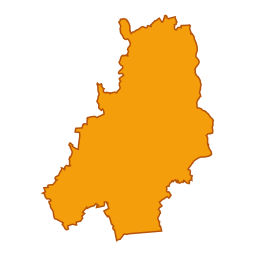 Majagual, Sucre, Colombia (Natural Earth projection)
{"feature_id": "7082276B64459562998455", "entity_name": "Majagual", "entity_type": "district", "adm_level": 2, "iso_a3": "COL", "parent_name": "Colombia", "parent_adm1": "Sucre", "projection": "natural_earth1", "projection_center": [-74.68, 8.557], "detail": "fine", "context": "isolated", "style": "filled", "palette": "amber", "viewbox_px": 256, "rotation_deg": 0, "n_neighbors": 0, "source": "geoboundaries", "source_scale": "gbopen_adm2", "svg_char_len": 5795}
<svg xmlns="http://www.w3.org/2000/svg" viewBox="0 0 256 256"><path d="M190.2,25.6L189.3,24.9L188.1,25.3L181.3,25.5L181.1,25.6L181.3,26.3L181.0,27.6L180.3,27.1L179.3,27.6L178.0,27.5L176.0,30.1L174.7,29.0L174.3,26.9L174.7,26.1L174.4,24.7L175.7,24.5L176.2,24.1L176.3,22.3L176.9,22.1L175.0,17.6L175.1,16.9L169.9,18.2L168.8,18.8L166.5,17.5L166.4,17.3L166.9,16.4L165.9,15.5L165.3,15.4L164.5,16.0L164.5,18.1L163.7,18.7L163.6,20.1L162.3,22.2L161.8,22.1L159.3,18.2L157.1,19.7L156.1,20.8L154.6,20.9L153.4,22.7L152.7,22.9L152.2,23.7L150.8,24.9L151.3,25.8L151.1,26.5L147.8,25.6L147.5,25.7L147.3,26.9L146.9,27.6L145.6,27.8L143.4,26.8L141.9,26.8L138.1,29.6L137.2,30.0L136.4,30.0L134.3,31.9L132.6,32.0L131.2,33.6L130.3,31.9L130.1,30.4L129.9,30.5L129.8,28.8L130.0,26.9L129.6,25.3L128.4,22.3L127.1,21.0L127.4,20.7L125.9,19.2L125.2,19.0L123.1,18.8L123.1,19.0L121.6,19.3L120.4,19.3L120.4,20.0L119.8,21.4L118.8,22.0L120.5,25.4L120.7,26.5L120.1,28.7L120.6,32.8L122.8,36.0L123.7,38.3L125.3,39.3L126.3,39.4L127.5,39.0L128.2,39.2L129.3,40.9L130.4,43.4L129.8,45.8L128.3,47.6L127.5,49.5L128.5,51.1L127.6,53.9L127.6,55.1L127.8,55.8L126.6,55.7L126.7,54.8L126.3,55.2L125.5,55.1L123.7,55.9L123.3,55.4L122.4,55.4L121.0,57.1L120.0,60.8L119.1,61.7L119.2,62.7L120.3,64.6L120.7,65.1L122.4,66.0L122.8,67.3L122.3,68.4L119.2,71.4L118.6,72.5L118.5,73.1L118.8,73.6L119.3,73.8L121.7,73.4L122.6,73.9L123.7,75.2L119.3,78.4L119.4,79.1L119.9,79.6L120.0,80.6L120.8,81.2L119.6,82.6L119.2,85.0L120.0,86.8L120.1,88.0L119.9,88.6L118.9,90.0L117.3,91.3L116.9,92.6L115.9,92.7L115.2,92.1L112.5,92.6L110.4,93.5L110.6,92.9L108.5,92.8L106.6,92.3L106.5,92.8L104.5,92.6L104.2,92.6L103.0,90.7L104.2,88.7L102.7,87.9L101.4,86.1L101.9,85.8L101.8,84.6L101.4,83.9L99.0,84.7L97.4,83.2L97.0,84.2L97.8,85.9L98.1,91.1L99.2,94.1L98.3,96.3L97.7,99.6L96.9,101.1L97.5,102.5L98.0,103.1L98.3,103.2L98.6,104.0L98.9,105.4L98.7,107.9L101.2,110.3L102.5,109.0L103.8,111.3L104.0,114.1L97.3,117.3L97.2,117.6L94.7,116.4L92.4,116.6L87.6,117.6L87.0,118.7L87.8,119.1L87.1,120.8L87.0,124.5L85.3,123.8L83.9,123.8L83.6,124.8L82.9,124.7L82.0,127.9L75.8,128.3L75.1,132.0L79.5,132.4L79.8,135.7L78.5,145.8L78.3,149.4L75.4,148.3L72.2,146.2L72.8,145.2L70.3,143.0L69.6,143.3L69.1,144.5L69.1,145.4L69.9,145.7L70.3,147.5L72.0,151.1L72.2,151.9L72.1,153.1L70.9,156.5L70.0,157.8L69.7,157.4L69.1,159.6L69.6,160.3L69.6,164.7L70.5,165.6L70.0,166.1L69.0,165.4L68.3,166.2L66.3,165.4L64.6,167.3L64.9,168.3L64.5,169.5L63.5,168.6L61.5,167.9L61.9,168.9L60.6,171.3L60.4,171.3L58.4,175.6L56.2,176.5L56.3,176.8L55.1,177.5L55.3,179.3L55.5,179.7L55.9,179.9L56.8,179.8L53.0,184.6L48.2,185.1L47.7,186.2L48.2,187.4L43.9,187.8L45.4,191.8L42.6,193.2L44.5,193.9L45.2,196.8L46.7,198.8L49.3,198.9L50.2,199.4L50.7,200.0L50.9,200.8L50.7,201.2L49.0,201.3L49.0,202.4L49.8,204.3L50.6,205.4L50.4,206.6L51.1,208.4L51.6,208.8L53.2,211.5L53.7,215.6L54.4,218.1L55.1,218.9L56.9,219.4L63.2,222.8L62.8,223.8L62.2,224.2L64.2,227.0L65.0,228.6L66.2,229.7L67.2,229.6L68.4,229.0L67.6,226.0L72.3,224.2L74.6,224.6L75.7,225.1L76.6,224.9L76.1,222.3L80.6,221.1L82.7,218.0L81.8,216.2L84.7,213.5L82.5,212.3L86.7,207.3L87.1,208.5L90.0,206.9L94.2,205.7L95.9,203.5L98.2,205.2L96.9,205.7L96.5,207.5L103.9,206.0L104.5,204.6L104.4,202.0L106.7,202.0L106.9,203.3L107.7,203.0L107.9,203.5L107.4,204.1L108.8,208.4L103.9,211.0L105.4,213.9L107.3,216.4L107.6,216.7L108.1,215.9L109.6,217.5L111.3,223.5L111.8,224.5L112.3,224.5L113.7,226.5L112.9,227.1L112.9,228.4L113.6,229.7L113.9,229.9L114.5,229.7L116.7,240.6L118.2,239.6L120.1,239.3L124.0,234.1L126.6,234.3L129.7,233.7L161.6,231.0L160.5,226.2L159.6,226.1L159.3,222.8L159.7,221.8L158.8,221.2L157.7,218.0L158.1,217.1L159.0,215.9L159.8,213.4L160.3,213.3L160.3,212.4L159.8,210.8L158.4,209.6L159.8,207.3L160.6,207.1L162.0,205.9L160.4,204.0L159.4,201.8L160.5,201.3L162.5,199.5L164.6,198.5L165.9,197.3L167.0,196.7L167.6,196.7L168.4,197.9L169.1,198.0L171.0,195.3L170.9,194.8L170.3,194.4L169.9,193.2L168.9,192.0L168.6,191.8L167.9,192.1L166.7,191.5L166.6,190.5L166.9,189.4L166.5,186.9L167.7,186.1L169.0,186.3L169.1,185.2L169.8,183.6L170.4,182.7L171.6,181.9L172.1,180.6L172.4,180.6L173.2,181.6L174.1,180.4L175.0,180.5L175.7,179.9L176.2,181.8L177.0,182.4L177.1,181.2L176.9,180.9L177.6,180.7L177.7,180.4L177.9,180.5L177.4,181.7L178.1,181.6L177.9,182.2L178.3,182.1L178.9,183.0L179.8,183.1L181.8,182.0L182.9,181.8L183.5,181.1L183.8,180.3L184.2,180.5L183.1,181.9L183.2,182.2L184.5,180.9L186.7,182.9L189.1,183.6L189.5,182.7L189.3,180.7L191.4,179.7L191.8,180.1L191.8,178.3L191.2,177.8L191.4,177.2L192.1,176.5L192.2,175.8L190.9,175.4L190.4,175.0L190.1,174.3L190.4,171.1L190.1,170.4L189.2,169.8L188.2,169.7L188.0,169.4L188.7,168.1L190.6,165.7L192.5,162.9L192.9,162.8L193.1,162.0L194.3,160.6L198.6,157.8L201.1,157.0L204.4,157.0L208.2,156.3L209.9,155.7L210.2,155.1L211.0,155.0L211.4,154.7L211.5,153.4L211.1,151.5L209.4,149.0L208.5,146.7L208.2,145.5L208.5,145.4L208.5,144.4L207.8,144.6L207.6,144.0L207.6,138.1L207.5,137.5L206.3,135.5L206.9,135.3L207.5,134.3L208.4,133.6L209.0,133.5L209.3,133.8L210.3,133.8L211.0,133.0L211.5,132.9L212.0,133.3L212.7,132.6L212.7,129.7L212.4,129.0L212.3,126.5L213.0,125.3L212.8,121.9L213.4,120.9L213.0,120.3L212.8,119.3L210.6,117.3L208.0,113.6L207.2,113.2L206.3,112.1L204.5,110.8L203.7,110.7L202.4,110.1L201.1,108.7L198.8,108.0L197.4,107.9L197.1,107.2L196.9,103.7L196.7,103.4L196.8,102.4L198.0,99.5L199.0,98.5L199.9,96.7L200.7,96.5L200.3,94.2L199.7,93.4L199.5,92.7L200.0,90.8L200.0,90.2L200.4,89.4L200.6,86.8L201.1,84.5L200.3,82.1L200.1,80.3L198.5,77.4L196.1,75.0L195.1,72.1L195.3,71.4L194.9,69.4L195.1,69.4L195.3,69.0L195.6,67.7L198.5,63.9L199.0,62.6L199.1,61.5L198.5,59.9L195.8,56.6L196.0,54.6L197.2,50.4L197.1,46.9L196.1,43.0L194.5,39.4L193.9,36.5L192.3,34.0L192.0,33.7L191.2,34.2L190.8,33.1L191.2,32.9L190.1,30.3L189.7,28.2L190.2,25.6Z" fill="#f59e0b" stroke="#b45309" stroke-width="1.5"/></svg>